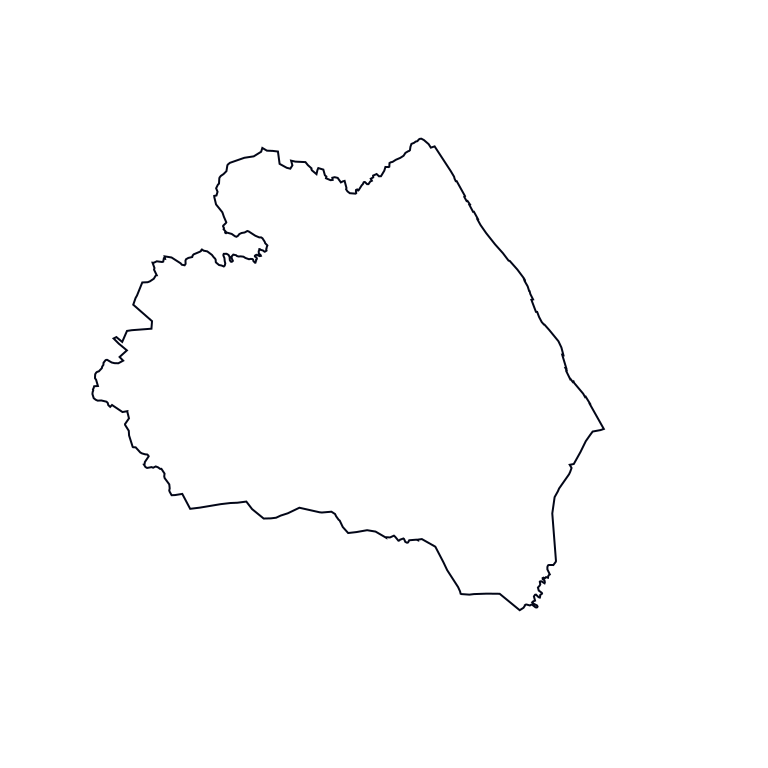 Nirzas pag., Ludzas, Latvia (Equal Earth projection), rotated 38°
{"feature_id": "27541924B94409410618996", "entity_name": "Nirzas pag.", "entity_type": "district", "adm_level": 2, "iso_a3": "LVA", "parent_name": "Latvia", "parent_adm1": "Ludzas", "projection": "equal_earth", "projection_center": [27.914, 56.391], "detail": "fine", "context": "isolated", "style": "outline", "palette": "ink", "viewbox_px": 768, "rotation_deg": 38, "n_neighbors": 0, "source": "geoboundaries", "source_scale": "gbopen_adm2", "svg_char_len": 6165}
<svg xmlns="http://www.w3.org/2000/svg" viewBox="0 0 768 768"><g transform="rotate(38 384 384)"><path d="M144.2,276.6L141.2,284.8L134.7,291.7L126.4,304.6L125.8,307.4L126.1,308.4L128.8,313.3L128.3,317.4L127.3,320.5L127.3,322.5L127.6,323.3L130.6,327.7L130.4,329.2L131.2,333.1L134.5,335.0L135.9,338.6L134.4,340.3L135.2,341.2L141.1,345.9L150.9,348.2L154.9,350.8L160.2,353.7L160.3,354.6L159.8,358.2L160.1,358.8L162.0,359.7L162.3,360.8L165.2,361.3L165.2,361.9L165.6,362.5L166.3,362.6L166.7,362.4L166.8,361.5L171.6,359.5L175.7,359.3L177.1,358.8L177.7,357.1L177.7,354.9L178.8,352.7L180.9,350.4L182.1,347.6L183.4,347.1L191.3,346.4L195.4,345.3L197.0,344.1L198.5,344.0L202.5,345.4L203.7,346.2L206.8,346.6L207.4,348.5L208.0,349.5L208.1,350.2L209.3,351.2L208.8,352.8L208.4,353.3L206.4,353.3L204.5,354.1L203.0,354.2L202.7,354.5L203.4,355.5L203.5,356.5L205.0,358.2L207.4,358.4L208.1,358.8L207.3,359.8L204.2,360.5L203.8,360.9L203.3,362.3L203.4,362.7L203.8,363.0L205.5,362.8L206.8,363.6L206.7,364.9L207.4,365.6L207.4,366.8L208.0,367.4L207.8,367.8L205.6,367.6L204.2,366.6L203.5,366.5L201.9,367.5L200.8,368.8L197.2,370.0L194.9,370.2L192.4,371.7L191.0,373.0L189.4,373.7L188.2,373.6L185.6,374.8L185.4,377.5L186.9,378.9L189.1,380.0L189.0,381.0L188.6,381.6L187.9,381.9L186.2,381.3L184.1,378.9L182.0,378.0L179.8,378.3L177.6,380.1L177.8,380.9L178.4,381.7L180.7,383.0L182.9,385.3L184.7,386.7L185.6,388.8L185.4,390.0L182.9,390.7L180.8,391.8L177.2,391.7L176.4,391.5L174.8,389.7L173.7,389.2L171.9,389.0L168.9,388.2L163.1,388.3L159.7,390.0L157.7,390.1L157.6,391.0L157.9,391.8L157.5,393.1L154.2,399.0L154.1,400.5L154.7,402.0L152.2,405.1L151.2,407.6L151.6,409.0L153.7,411.5L153.8,413.2L151.2,414.5L149.5,414.1L138.7,415.1L132.5,418.5L134.4,420.1L133.2,420.6L134.7,423.5L134.0,424.5L129.4,427.2L128.0,430.1L126.9,430.9L131.7,433.9L132.4,435.5L137.9,438.2L137.5,438.5L137.4,439.5L137.8,442.8L136.3,447.3L135.1,449.3L131.0,452.8L134.9,466.4L135.3,469.2L137.6,475.9L162.5,477.3L166.7,483.6L152.1,496.9L148.8,500.4L151.8,512.0L144.2,511.8L142.9,514.6L150.2,515.5L160.7,515.8L159.0,525.5L164.1,526.2L161.9,531.2L161.1,531.8L158.8,533.5L156.2,534.7L151.0,535.4L150.2,536.1L149.9,536.8L149.9,539.9L151.1,541.7L151.2,543.8L151.9,545.2L151.5,549.6L150.5,551.0L150.2,552.2L150.4,554.1L152.2,556.7L152.8,557.4L154.5,557.9L159.8,561.7L157.0,564.2L157.9,566.6L157.9,567.4L158.9,568.2L159.3,569.6L160.4,571.4L164.0,573.9L166.6,573.9L168.6,573.4L171.4,571.0L176.2,568.8L177.9,569.0L179.8,570.4L182.3,570.6L182.6,568.0L195.2,567.1L198.5,563.4L198.8,563.9L204.2,568.1L204.6,575.1L205.3,575.7L211.7,578.0L214.8,581.5L224.7,588.3L225.2,588.3L227.3,586.8L234.1,588.0L236.0,587.7L239.0,586.5L240.9,585.3L242.4,585.5L243.1,585.9L243.6,592.7L244.8,594.8L244.4,595.3L247.2,596.3L249.0,596.0L252.0,592.6L253.6,592.1L254.9,589.5L257.2,588.8L259.9,588.7L260.8,587.9L266.2,589.7L267.7,592.1L269.1,593.2L276.6,595.3L279.4,598.2L280.3,600.1L281.3,600.8L285.1,602.4L287.7,600.2L292.7,594.8L308.1,601.7L315.0,594.8L329.3,579.2L336.3,572.3L341.6,567.8L347.9,561.4L357.1,563.8L372.0,564.1L377.6,559.5L381.3,555.8L383.6,551.3L387.8,545.1L393.5,533.6L412.3,524.7L414.2,523.5L421.2,517.0L425.5,516.6L427.7,517.7L431.8,518.9L433.2,518.9L439.6,522.1L447.5,523.5L453.4,517.7L460.7,509.6L468.2,505.5L479.9,503.9L479.6,503.7L483.2,501.2L485.2,497.4L486.9,497.5L491.8,498.6L492.4,497.9L492.5,496.8L494.4,493.8L495.2,493.8L498.0,495.3L499.9,494.9L500.5,494.0L500.1,491.6L505.4,486.7L507.1,486.2L506.6,485.7L509.3,482.9L524.6,480.6L540.6,487.9L548.4,491.8L567.4,498.4L571.6,500.6L573.5,502.1L574.3,501.9L581.0,497.4L584.2,494.2L594.1,485.9L604.3,478.1L630.2,478.7L631.7,474.5L631.5,471.9L631.2,471.6L631.5,470.6L632.1,470.0L635.3,468.7L636.0,467.0L636.4,466.7L640.9,466.7L641.8,466.2L642.2,465.6L642.0,464.8L640.9,464.3L637.3,465.0L635.2,464.8L635.4,463.4L636.4,461.7L632.9,459.1L632.8,457.1L633.4,456.4L637.0,456.8L638.3,456.4L638.1,455.7L637.0,454.2L637.6,451.9L636.9,451.4L633.1,451.5L630.6,449.6L630.8,447.3L630.6,445.8L628.5,443.9L628.6,443.3L629.5,442.6L633.2,442.2L632.9,441.3L631.7,440.2L630.8,439.9L629.3,440.1L628.5,439.3L628.9,438.4L630.4,437.9L630.6,436.4L632.5,435.7L631.6,434.0L631.6,432.7L631.9,432.0L626.9,429.5L625.4,427.6L625.0,426.3L625.0,425.6L625.4,425.1L628.9,422.4L628.8,418.2L628.4,417.5L596.3,382.4L588.1,368.1L587.1,361.6L586.3,358.5L585.4,341.2L584.8,338.6L583.5,334.7L580.1,333.3L582.8,330.2L580.7,316.7L578.2,304.8L577.8,297.0L577.7,293.0L583.0,287.0L584.9,284.1L558.3,273.0L558.5,272.7L550.7,269.8L550.5,270.5L546.9,269.0L533.2,266.1L531.8,265.3L531.6,266.2L527.9,265.2L527.8,265.6L519.6,261.6L519.8,261.0L517.3,259.8L518.0,259.4L506.5,251.3L507.6,250.8L501.3,246.0L495.1,242.9L480.9,239.7L473.8,238.4L473.5,238.7L470.2,238.1L464.9,235.7L460.3,232.9L459.3,233.6L448.3,226.9L449.4,225.6L443.9,223.0L441.6,221.2L441.2,221.4L437.1,218.6L431.5,216.3L430.7,215.8L431.4,215.7L431.1,215.4L428.9,214.5L418.6,211.7L407.3,209.6L406.2,210.1L397.2,207.7L385.6,205.6L371.6,202.2L362.2,199.3L356.1,196.7L356.5,196.2L348.8,192.9L348.2,193.5L340.8,190.2L341.2,189.6L337.0,188.3L336.5,189.0L332.0,187.1L332.2,186.1L316.4,179.4L315.7,180.0L313.1,178.7L311.6,177.5L305.4,175.1L277.6,165.6L275.4,168.9L271.5,167.5L265.3,167.2L262.4,167.7L261.3,168.8L260.9,169.8L260.8,172.1L259.7,173.5L259.2,175.5L257.8,177.9L258.8,180.8L260.5,183.8L260.3,184.9L259.7,185.8L258.6,188.7L258.9,192.1L257.6,195.8L255.3,200.0L254.0,203.7L252.8,205.2L252.3,206.5L254.4,209.5L254.2,210.1L251.5,212.1L252.9,215.7L253.7,222.1L252.2,223.4L248.9,223.1L247.1,226.5L248.3,227.8L247.2,230.4L249.3,231.3L248.5,232.9L248.7,236.1L247.7,236.9L244.7,236.6L244.3,236.8L243.8,237.5L244.3,239.6L244.1,241.1L244.7,246.9L244.5,247.5L243.1,247.2L242.5,248.2L243.0,249.2L244.6,250.7L244.4,251.5L239.6,254.7L236.6,254.7L234.2,253.9L233.8,252.7L227.9,248.2L226.8,249.7L225.9,251.7L220.6,250.1L217.8,251.4L216.3,253.3L217.9,254.8L216.4,256.3L211.6,257.6L210.9,256.0L208.9,255.9L204.2,252.4L199.3,254.3L199.8,256.3L201.6,260.2L195.6,260.0L194.5,259.4L194.1,258.7L189.3,258.4L185.5,257.5L177.3,263.3L173.3,265.2L177.2,268.1L177.6,272.0L174.3,273.5L166.2,274.8L157.3,266.1L152.7,268.9L148.1,272.2L142.8,272.9L144.2,276.6Z" fill="none" stroke="#020617" stroke-width="2"/></g></svg>